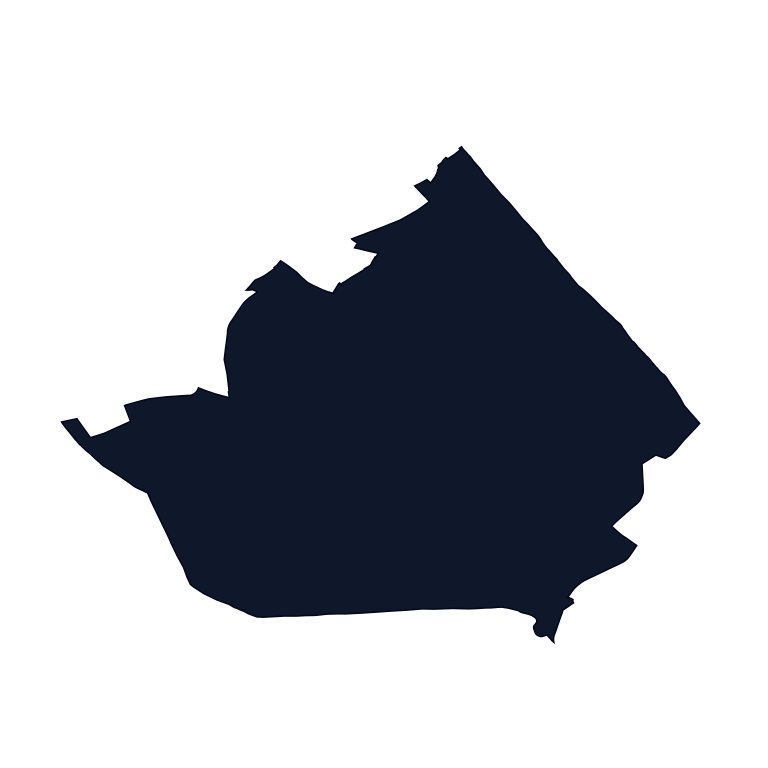 outline of Khan Yunis, Gaza Strip, Palestine, rotated 95°
{"feature_id": "87354302B21422506618890", "entity_name": "Khan Yunis", "entity_type": "district", "adm_level": 2, "iso_a3": "PSE", "parent_name": "Palestine", "parent_adm1": "Gaza Strip", "projection": "robinson", "projection_center": [34.31, 31.33], "detail": "fine", "context": "isolated", "style": "filled", "palette": "ink", "viewbox_px": 768, "rotation_deg": 95, "n_neighbors": 0, "source": "geoboundaries", "source_scale": "gbopen_adm2", "svg_char_len": 6098}
<svg xmlns="http://www.w3.org/2000/svg" viewBox="0 0 768 768"><g transform="rotate(95 384 384)"><path d="M449.9,701.9L450.6,701.5L455.6,697.0L462.1,690.6L466.6,686.4L467.4,685.3L469.9,683.0L476.2,675.0L479.9,669.6L483.6,665.1L486.9,660.5L489.7,657.1L491.8,652.8L498.9,639.2L502.0,633.7L504.6,629.1L507.2,624.9L508.6,622.2L510.6,616.9L513.1,610.0L521.2,605.7L532.1,599.2L555.4,585.3L561.2,582.2L573.5,574.9L584.2,567.7L593.7,563.3L600.5,559.4L602.4,556.7L608.6,545.1L613.7,531.6L617.1,518.9L619.7,513.7L620.3,510.6L621.5,507.8L622.8,503.3L624.7,499.1L625.9,494.7L627.1,490.2L626.8,483.8L625.0,470.9L623.9,463.5L622.7,450.0L621.6,442.7L620.5,432.3L618.2,420.6L616.9,409.1L616.4,402.5L614.1,386.0L611.8,371.1L609.7,358.0L608.5,350.0L607.7,344.1L605.8,332.9L604.7,326.4L603.9,314.6L601.6,296.0L600.6,279.9L599.6,271.9L598.4,264.4L597.6,257.3L596.4,250.5L596.0,246.4L596.2,244.2L596.4,241.0L597.2,235.7L598.1,230.5L599.4,227.9L599.9,225.6L600.5,221.3L601.1,218.7L601.7,216.5L602.8,214.4L604.1,212.3L605.4,211.5L606.8,211.1L608.3,211.3L611.7,213.5L613.0,213.8L614.5,213.6L618.3,211.9L620.0,210.8L620.8,209.6L621.4,208.3L621.9,206.2L621.6,204.0L620.1,200.5L619.8,199.6L622.2,197.3L623.3,196.0L625.2,194.2L626.5,192.3L625.8,192.5L624.7,192.7L623.2,192.9L621.8,192.9L620.6,192.8L620.1,192.7L618.9,192.4L616.5,191.7L614.3,191.1L611.1,190.4L605.7,189.0L602.8,188.3L600.4,187.7L597.7,186.9L596.9,186.7L594.7,186.3L593.6,186.0L586.0,176.7L585.5,176.1L583.6,177.4L582.6,176.8L582.1,177.3L581.8,177.8L581.7,178.0L580.3,182.3L579.9,182.0L576.6,180.0L574.3,178.7L572.1,177.3L570.8,176.3L569.9,175.6L567.5,173.3L565.4,171.1L564.7,170.4L563.5,168.8L563.1,168.2L562.5,167.5L560.8,164.7L558.4,160.7L557.8,159.6L555.2,155.2L553.3,151.9L549.1,144.9L542.6,133.7L540.5,130.3L539.9,129.5L539.4,128.9L537.9,127.3L536.8,126.3L535.6,125.5L534.1,124.4L526.6,120.2L524.7,119.2L522.9,118.1L519.6,123.8L516.7,128.7L514.7,132.5L513.9,133.9L513.4,134.6L511.5,137.4L510.2,139.2L508.9,140.9L507.1,143.2L505.8,144.9L501.8,141.4L497.9,137.9L495.0,135.1L494.3,134.6L493.7,134.0L493.8,133.9L492.3,132.5L492.2,132.6L490.3,130.6L484.8,125.3L481.0,121.4L479.8,120.3L479.4,120.0L478.7,119.5L477.7,119.0L476.8,118.5L472.7,117.1L471.7,116.8L470.5,116.6L469.9,116.5L469.2,116.4L467.9,116.4L466.7,116.5L461.8,117.1L456.1,117.9L448.3,119.0L441.0,120.0L440.9,119.8L431.1,107.0L433.6,97.2L429.4,91.7L423.5,86.9L421.2,85.5L418.9,83.8L414.1,80.5L413.3,79.9L399.7,69.0L396.8,66.9L395.7,66.1L394.6,67.2L388.4,73.7L386.0,76.3L381.9,80.4L379.8,82.6L377.4,84.4L374.6,86.2L371.4,88.3L369.3,90.0L367.5,91.3L366.2,92.3L363.8,94.3L360.8,97.0L357.2,99.9L354.7,101.8L352.8,103.3L350.9,105.3L349.9,106.8L349.2,108.0L347.5,110.1L346.1,111.6L344.6,112.9L343.3,114.6L341.0,116.8L338.7,119.2L335.6,122.0L334.3,123.6L333.3,125.1L331.4,127.0L328.0,131.0L324.8,134.6L322.1,137.0L320.5,138.8L319.5,140.6L316.4,143.4L313.9,145.6L310.6,148.2L307.8,150.8L305.5,152.3L303.8,153.9L299.8,159.6L296.7,163.1L289.3,173.1L284.9,178.1L281.1,182.6L277.4,187.1L272.3,193.9L269.1,199.0L267.2,201.0L262.1,206.1L258.1,209.5L253.6,214.6L246.3,221.5L244.3,223.0L242.7,225.0L239.0,228.9L237.0,230.9L235.1,233.2L232.0,236.1L229.7,238.1L225.7,240.9L223.8,242.6L222.1,244.1L217.7,249.0L211.5,255.6L207.3,260.6L201.0,266.6L192.7,274.9L185.0,284.0L177.5,291.4L171.4,297.6L167.2,302.2L162.5,305.8L160.8,307.3L159.1,309.2L154.1,314.4L149.9,318.0L148.3,320.1L146.5,321.8L143.5,325.2L140.9,327.5L142.8,329.6L144.0,328.3L146.1,330.6L148.5,333.0L149.2,333.8L150.5,335.5L152.9,338.5L154.1,340.0L153.7,340.7L153.1,341.6L153.0,341.8L153.0,342.1L153.2,342.3L153.4,342.4L153.5,342.5L154.7,343.6L155.0,343.9L155.4,344.2L158.1,345.7L158.6,346.0L159.5,347.0L160.7,348.1L161.5,349.2L162.4,349.0L163.0,348.8L163.5,348.6L163.7,348.4L164.0,348.1L164.8,348.5L165.3,349.0L165.5,349.1L166.0,349.2L168.1,349.4L168.8,349.6L171.0,350.3L173.2,351.2L179.6,355.0L178.4,356.6L176.6,359.1L179.8,363.7L184.0,370.7L198.2,354.6L207.7,365.4L219.4,382.4L229.3,402.1L241.9,428.0L242.3,428.9L242.8,428.5L244.9,424.9L245.8,422.7L250.9,425.2L251.4,421.1L252.7,413.0L254.2,401.3L258.4,403.0L258.0,403.8L264.4,406.9L265.3,407.1L265.7,407.2L266.6,407.6L266.9,407.7L268.2,409.6L269.2,411.1L271.0,413.7L271.3,413.8L271.6,413.7L271.8,413.8L272.6,414.8L275.9,419.2L277.8,421.9L280.4,425.6L281.4,426.9L282.3,427.9L283.1,429.0L283.6,429.7L284.3,430.5L285.1,431.4L285.8,432.6L287.0,434.2L287.5,434.7L287.8,434.9L288.2,435.1L288.6,435.2L289.2,435.1L288.9,435.4L287.2,437.0L288.1,438.0L291.6,439.7L298.0,442.9L297.4,445.9L297.0,448.0L296.5,450.1L295.9,452.2L295.6,453.3L295.2,454.4L293.7,458.4L291.7,463.9L290.0,467.9L289.8,468.4L289.2,469.4L288.5,470.4L287.4,471.9L286.2,473.4L286.2,473.8L281.6,479.1L280.6,480.3L279.9,481.4L275.3,488.6L273.9,491.1L272.1,494.2L270.3,497.7L271.3,498.6L271.9,498.9L272.2,499.1L272.6,499.1L272.7,499.4L273.6,500.0L274.1,500.4L274.3,500.5L274.5,500.6L275.1,501.2L275.9,501.9L277.5,503.7L278.3,502.9L285.3,511.0L287.6,514.2L288.1,515.0L289.3,516.9L290.5,519.1L291.1,520.3L292.0,521.7L295.2,524.1L298.0,525.9L300.8,528.1L302.2,529.1L302.5,529.4L302.5,528.7L302.4,527.8L302.1,526.0L301.7,523.9L301.6,523.6L301.6,523.0L301.8,522.4L302.1,521.5L302.8,518.9L302.9,518.6L303.1,518.4L303.4,518.2L308.2,523.8L309.8,525.7L310.7,526.6L312.5,528.3L314.1,529.7L315.2,530.6L316.8,531.6L317.8,532.3L325.2,536.3L325.8,536.7L326.0,536.8L328.4,538.1L332.8,540.4L335.3,541.9L336.3,542.4L338.1,543.2L339.7,543.7L341.4,544.1L343.2,544.4L344.9,544.5L345.5,544.5L345.6,544.3L346.2,544.3L352.3,544.5L363.4,545.0L370.2,545.2L373.6,545.3L382.1,542.8L382.5,542.7L387.5,541.2L405.1,537.6L405.4,538.3L409.1,537.4L410.4,537.0L411.1,536.8L409.9,544.2L408.6,551.2L407.2,556.9L406.5,559.8L404.9,565.5L404.0,568.5L405.3,568.9L406.5,569.4L407.8,570.0L408.6,570.6L409.1,571.0L410.1,572.1L410.7,573.0L411.3,573.9L411.8,574.8L412.1,575.8L412.3,576.8L412.5,578.7L414.0,588.6L414.4,590.8L414.7,593.1L415.5,598.0L416.0,600.9L419.1,616.0L419.5,617.6L420.6,620.8L422.5,626.1L426.0,635.6L427.6,639.6L428.1,640.6L443.3,633.2L457.7,658.8L463.0,671.8L445.6,686.7L445.3,686.8L445.6,687.8L449.9,701.9Z" fill="#0f172a" stroke="#020617" stroke-width="1.5"/></g></svg>